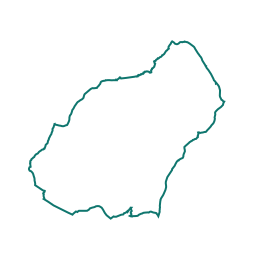 outline of Ticusu, Brasov, Romania, rotated 102°
{"feature_id": "2599482B19489151240121", "entity_name": "Ticusu", "entity_type": "district", "adm_level": 2, "iso_a3": "ROU", "parent_name": "Romania", "parent_adm1": "Brasov", "projection": "orthographic", "projection_center": [25.069, 45.937], "detail": "fine", "context": "isolated", "style": "outline", "palette": "teal", "viewbox_px": 256, "rotation_deg": 102, "n_neighbors": 0, "source": "geoboundaries", "source_scale": "gbopen_adm2", "svg_char_len": 5650}
<svg xmlns="http://www.w3.org/2000/svg" viewBox="0 0 256 256"><g transform="rotate(102 128 128)"><path d="M203.2,207.0L203.5,206.3L206.7,198.3L206.8,196.4L207.6,196.3L209.5,197.4L210.0,197.1L210.3,196.6L210.9,196.7L212.4,196.3L214.6,195.0L215.0,195.5L216.7,190.8L219.2,184.7L223.3,168.8L224.3,164.3L223.2,163.7L220.5,161.6L220.7,160.0L220.0,159.6L219.2,158.8L217.8,152.2L217.4,150.7L215.8,149.1L214.6,148.6L213.4,146.6L212.3,144.3L211.2,143.0L210.6,141.2L210.5,139.7L211.0,138.3L211.4,137.2L213.0,135.5L215.9,133.0L217.8,130.8L220.2,126.1L217.5,123.7L217.6,122.8L217.2,121.0L214.3,116.7L213.5,114.6L212.1,114.1L211.6,113.0L210.9,112.3L209.5,111.3L210.1,110.9L208.9,110.3L207.2,109.7L206.7,109.2L205.4,108.9L205.3,108.2L205.9,108.5L206.7,108.1L207.5,107.8L208.4,107.1L209.4,107.6L210.4,107.7L211.5,106.8L212.4,106.7L213.6,107.9L213.8,107.1L213.7,105.5L213.2,104.9L212.6,102.4L211.9,100.3L210.5,99.2L209.1,97.3L208.6,96.2L207.8,95.4L207.2,93.7L206.4,90.9L206.4,90.1L205.5,89.3L205.0,88.2L205.4,85.7L205.3,83.6L205.4,82.5L206.1,82.0L206.5,81.3L208.0,80.0L206.2,79.8L205.1,79.8L203.9,79.6L203.0,79.7L202.0,80.0L201.0,80.0L200.1,80.2L199.1,80.2L197.5,80.7L192.8,81.2L192.3,81.1L191.7,81.3L189.9,81.0L186.4,79.7L184.7,79.3L180.7,78.5L177.9,78.4L176.4,78.8L174.1,79.6L172.5,79.8L168.8,79.4L167.9,79.3L160.0,76.2L159.0,76.3L155.3,74.5L153.1,74.0L150.6,73.2L149.1,72.1L149.2,71.7L148.1,71.1L146.9,69.7L146.4,68.9L145.8,68.2L144.5,67.9L143.5,68.1L142.1,68.1L139.0,67.5L137.3,68.0L136.6,68.4L136.0,68.6L134.9,68.9L133.5,68.0L132.2,67.0L129.9,65.3L129.0,64.8L128.3,63.9L128.0,63.8L127.0,62.5L126.7,62.3L126.4,62.2L126.2,62.1L126.0,61.6L125.7,61.1L125.0,60.4L124.8,60.1L124.6,59.3L124.3,59.0L123.4,58.6L122.5,57.8L121.6,58.2L121.2,57.9L120.6,58.1L119.5,57.9L119.0,57.9L117.8,58.5L117.5,57.8L117.8,56.3L117.1,54.8L116.9,54.0L115.9,52.1L115.7,51.2L115.3,50.8L113.5,49.9L112.3,49.1L109.4,47.4L108.2,47.0L105.7,45.5L103.7,45.0L102.1,44.9L100.7,45.0L99.7,45.5L96.8,45.4L94.9,46.0L93.9,45.8L92.7,45.1L91.0,44.0L88.1,41.4L85.7,39.9L83.9,39.9L82.2,39.4L82.2,40.0L82.0,40.5L81.3,41.3L81.0,42.1L81.0,42.4L78.3,44.5L77.3,44.9L72.0,45.8L68.6,47.6L67.6,48.5L65.7,50.8L66.2,51.3L65.3,51.6L64.5,52.2L63.4,53.9L62.2,54.6L58.0,58.0L54.7,61.3L53.0,63.4L52.5,63.9L52.2,64.0L51.3,64.9L51.1,64.8L51.0,65.2L50.5,65.5L47.2,68.7L46.3,69.5L44.7,70.4L43.7,71.3L43.3,71.7L42.6,72.7L41.2,74.1L40.6,74.9L36.7,78.7L35.7,79.5L35.0,80.2L34.6,80.9L32.6,85.2L31.7,87.7L31.8,88.3L31.8,88.8L31.7,90.7L32.1,90.9L32.4,92.1L32.8,92.7L32.8,93.5L33.1,94.6L33.5,95.2L34.8,96.0L35.7,97.1L35.9,97.8L35.9,98.4L35.8,99.5L35.7,99.7L34.9,100.7L34.1,102.8L35.4,103.5L36.7,103.7L37.8,104.3L38.8,104.7L39.8,105.1L40.2,105.2L41.4,105.0L41.9,104.6L42.4,105.1L42.7,105.4L43.5,105.8L43.8,105.8L44.5,106.6L45.6,107.1L48.1,108.0L48.6,108.5L48.9,108.6L49.3,109.1L49.7,109.3L49.9,109.8L50.3,109.8L51.1,110.2L51.6,110.6L52.0,111.4L53.1,112.2L53.2,112.4L53.6,112.6L53.8,112.8L53.7,113.4L54.4,113.6L54.9,114.0L55.0,114.3L55.7,114.8L56.6,115.0L56.9,115.8L57.1,116.2L57.4,116.3L57.8,115.7L58.6,115.8L58.9,115.6L59.5,114.8L59.9,114.9L60.8,114.9L61.8,115.1L62.5,115.0L64.1,116.0L64.3,116.3L64.8,116.7L64.9,116.9L65.1,116.9L65.2,116.7L65.5,116.7L65.8,116.8L66.4,117.3L66.6,117.3L66.9,117.4L67.6,117.1L68.7,116.8L69.1,117.4L69.3,118.0L69.3,118.4L68.7,119.0L68.6,120.2L68.7,120.5L68.6,120.9L68.9,122.0L69.3,122.3L69.4,123.2L69.9,123.3L70.2,123.5L70.3,123.7L70.2,123.9L70.3,124.1L70.6,124.0L71.1,124.2L71.3,124.1L71.5,124.2L71.2,124.6L71.5,124.8L72.2,125.6L72.5,125.6L72.8,125.9L72.8,126.0L72.6,126.3L72.6,126.5L73.2,127.0L73.3,126.9L73.8,127.4L74.0,127.7L73.9,127.8L74.0,128.1L73.9,128.5L74.5,129.0L74.6,128.6L74.6,128.4L74.8,128.3L74.7,128.4L74.7,128.7L74.9,128.9L74.9,129.0L74.6,129.3L75.0,129.6L75.5,129.3L75.9,130.1L76.0,131.3L76.5,132.3L79.3,140.0L81.0,145.1L80.8,145.3L80.7,145.5L80.7,145.9L80.6,146.0L80.2,146.1L80.2,146.4L80.2,146.6L81.6,147.3L82.5,148.2L82.7,148.4L82.9,148.9L83.3,149.2L83.3,149.3L83.6,149.1L84.8,154.4L85.1,156.5L85.3,157.5L85.8,159.0L86.0,159.5L85.9,159.7L86.3,160.1L86.6,160.6L86.9,161.6L87.5,162.8L88.1,163.7L88.5,164.0L89.0,164.2L89.6,164.3L90.2,164.3L90.7,164.4L91.5,164.9L92.7,165.4L94.4,166.5L95.2,166.7L95.5,167.5L96.3,169.8L96.3,170.7L96.7,171.5L97.6,172.6L103.7,177.3L104.3,177.6L106.4,177.8L107.7,177.8L109.2,178.7L109.7,179.2L110.9,180.6L112.2,181.7L112.9,182.5L113.7,183.0L118.0,184.8L119.3,185.1L120.6,185.5L121.7,186.1L122.4,186.2L124.1,186.3L125.7,186.5L126.3,186.6L127.9,187.4L129.7,187.5L131.9,187.1L133.0,187.1L134.9,187.4L137.6,188.1L137.8,188.3L138.5,189.7L138.9,190.2L139.4,191.0L139.7,191.6L139.8,192.1L139.9,193.0L139.8,194.3L139.9,196.0L139.8,198.0L139.8,199.8L139.8,200.2L139.6,200.4L139.3,200.5L139.5,200.8L140.3,200.6L140.8,200.8L141.6,200.9L143.0,201.0L143.3,201.1L143.8,201.4L144.3,201.6L144.8,201.6L145.3,201.5L145.6,201.3L146.6,201.3L148.7,201.7L149.1,201.7L149.9,201.7L150.4,201.9L151.6,202.4L153.8,202.9L154.5,203.2L155.8,203.1L156.1,203.2L156.6,203.4L157.5,203.6L158.2,203.5L159.8,203.6L160.4,204.2L161.7,205.0L163.4,205.0L164.6,205.3L165.3,205.3L165.5,205.8L165.7,206.0L165.8,206.0L166.0,205.8L166.5,206.2L166.7,206.7L166.7,206.9L167.1,207.6L167.5,208.0L167.9,208.2L169.4,209.7L169.9,210.1L171.6,210.9L173.0,212.6L174.1,213.2L174.8,213.5L175.9,213.7L176.7,214.6L177.5,215.0L178.5,215.9L178.8,216.0L179.6,216.0L180.3,216.6L181.8,216.6L182.3,216.2L182.6,216.2L183.1,216.4L184.2,215.9L185.7,215.4L186.2,215.2L186.9,216.2L188.2,216.4L188.9,216.3L189.9,215.6L190.2,215.3L190.3,215.0L190.4,214.1L190.5,213.7L191.7,212.0L192.9,211.1L194.8,210.1L196.5,209.1L197.8,208.7L199.0,208.4L200.0,207.9L201.7,207.2L203.2,207.0Z" fill="none" stroke="#0f766e" stroke-width="2"/></g></svg>